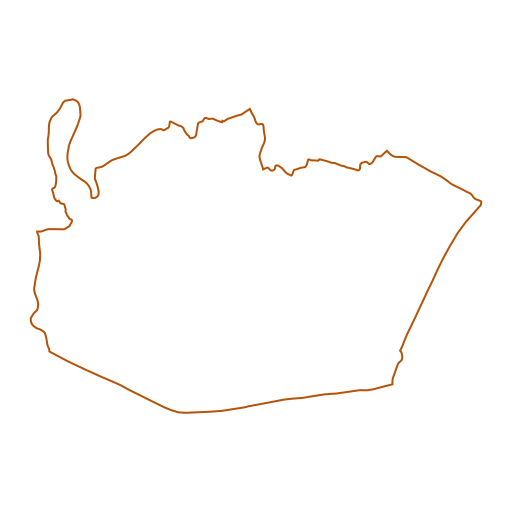 outline of Ban Phraek, Phra Nakhon Si Ayutthaya, Thailand
{"feature_id": "78962969B33149444798126", "entity_name": "Ban Phraek", "entity_type": "district", "adm_level": 2, "iso_a3": "THA", "parent_name": "Thailand", "parent_adm1": "Phra Nakhon Si Ayutthaya", "projection": "equal_earth", "projection_center": [100.539, 14.646], "detail": "fine", "context": "isolated", "style": "outline", "palette": "amber", "viewbox_px": 512, "rotation_deg": 0, "n_neighbors": 0, "source": "geoboundaries", "source_scale": "gbopen_adm2", "svg_char_len": 5890}
<svg xmlns="http://www.w3.org/2000/svg" viewBox="0 0 512 512"><path d="M480.7,205.2L481.3,202.5L481.2,201.6L481.1,201.4L480.8,201.2L479.1,200.4L475.7,199.2L474.9,198.7L473.5,197.4L471.8,194.8L470.4,193.5L466.3,191.6L463.4,190.0L452.0,184.4L449.6,182.7L446.1,179.9L444.8,179.1L441.0,176.5L438.3,175.1L430.3,171.3L423.6,167.4L418.4,164.5L407.1,157.6L406.4,157.3L405.5,157.1L396.1,156.9L394.5,156.6L392.6,155.8L391.4,155.1L389.2,153.2L387.0,150.8L384.1,153.3L382.7,154.7L381.0,156.2L380.1,156.5L377.4,156.1L376.4,156.3L375.7,157.1L374.9,158.4L372.4,162.4L371.9,162.9L370.8,163.7L369.8,164.0L369.1,164.0L366.9,162.1L366.1,161.8L365.0,161.8L363.7,162.3L361.7,162.9L361.0,163.5L360.5,164.2L360.2,165.1L360.1,165.6L360.1,168.1L359.9,169.0L359.7,169.5L359.1,170.0L358.2,170.4L356.8,170.2L354.5,169.2L348.7,167.8L347.6,167.6L346.8,167.4L346.1,167.2L345.0,166.5L344.2,166.2L341.9,165.8L337.3,164.1L335.0,163.1L333.8,162.9L331.9,162.9L326.4,161.0L319.5,159.3L319.2,159.4L318.8,160.2L318.2,160.7L314.6,160.4L311.8,160.4L310.9,160.3L309.2,159.4L308.6,159.4L308.3,159.5L308.1,159.7L307.0,164.1L306.1,165.9L305.7,166.5L305.5,166.8L305.1,167.1L304.6,167.2L300.8,167.8L297.8,168.9L294.3,169.9L294.0,170.1L293.5,170.8L292.9,173.0L292.3,174.3L291.7,175.2L291.2,175.6L287.2,173.6L285.2,171.8L282.4,168.6L281.1,167.5L279.1,166.2L277.2,165.4L276.7,165.3L276.2,165.4L275.7,165.8L275.4,166.2L275.2,166.7L275.0,168.4L274.7,169.1L274.1,169.9L272.9,170.5L271.6,170.6L270.8,170.4L270.0,169.8L268.6,168.2L268.1,167.8L267.6,167.7L267.2,167.7L266.3,168.0L263.1,169.4L262.9,168.2L259.9,159.2L259.7,158.0L259.4,156.3L259.5,155.5L259.8,154.2L261.1,150.0L261.8,148.2L264.0,143.1L264.5,141.5L264.8,140.7L265.0,138.7L265.0,138.1L264.9,137.1L264.1,132.6L263.7,129.6L263.6,127.0L263.3,125.6L263.0,124.5L262.5,124.1L261.6,123.9L258.6,124.4L258.2,124.4L257.8,124.3L257.4,124.0L256.5,123.1L256.0,122.2L255.4,121.0L254.4,117.8L254.0,116.9L251.2,111.9L249.8,108.9L241.8,114.3L240.1,114.9L235.9,116.0L227.8,118.9L226.8,119.4L224.0,121.3L223.5,121.3L222.4,120.8L221.9,122.3L217.6,120.8L213.5,119.0L212.4,118.6L209.0,119.0L208.5,118.9L206.2,118.0L205.6,117.9L204.9,118.0L204.5,118.3L204.2,118.7L202.8,121.0L202.4,121.4L201.8,121.6L200.6,121.9L199.0,122.6L198.5,123.0L198.1,123.5L197.9,124.2L197.2,128.5L196.6,131.6L196.1,134.9L195.9,135.5L195.5,136.3L195.0,136.8L193.8,137.6L192.8,137.9L190.5,138.2L190.3,138.1L189.7,137.6L188.7,135.9L187.6,135.0L186.6,134.0L184.3,130.5L183.5,128.3L183.3,128.0L182.2,126.9L181.0,126.2L178.1,125.3L171.1,121.7L170.3,121.5L170.1,121.5L169.8,122.0L169.4,125.2L169.3,125.9L169.0,126.7L168.8,127.1L168.3,127.7L167.6,128.1L166.4,128.8L164.6,130.0L164.2,130.1L163.6,130.2L163.1,130.1L161.7,129.3L160.7,129.1L159.1,129.2L157.0,129.6L153.9,131.0L150.5,133.1L149.4,134.0L144.7,138.2L138.6,144.5L130.7,152.1L128.8,153.6L126.2,155.3L124.8,156.0L116.9,158.4L113.2,159.7L111.6,160.4L110.5,161.1L109.2,161.9L104.5,165.3L102.2,166.6L100.8,167.1L97.1,167.8L96.5,168.0L96.0,168.3L95.6,168.8L95.5,169.4L95.4,171.3L94.9,177.0L94.9,178.6L95.0,179.0L95.6,180.7L96.7,183.6L97.9,187.6L98.5,191.1L98.7,192.7L98.6,194.1L98.1,195.4L97.6,196.2L97.2,196.6L96.2,197.3L95.3,197.8L94.7,198.0L93.8,198.0L92.4,197.9L91.5,197.7L91.1,192.0L90.6,189.4L90.1,188.4L89.2,186.5L88.2,185.1L86.7,183.3L85.2,181.9L80.2,178.6L76.9,176.1L74.8,174.5L73.0,172.7L71.5,170.8L70.9,169.9L70.3,168.7L69.8,167.6L68.8,165.0L68.0,162.4L67.8,161.6L67.5,159.7L67.4,158.3L67.5,153.8L69.1,145.2L69.6,143.6L70.2,141.9L76.2,128.4L77.5,125.4L80.2,117.2L80.4,116.4L80.5,115.3L80.3,112.0L80.0,108.1L79.6,105.8L78.9,103.8L78.6,103.2L78.0,102.3L77.4,101.6L76.6,101.0L75.3,100.3L72.5,99.2L71.4,99.7L70.7,99.9L65.3,100.7L64.6,101.1L63.4,102.3L62.9,102.9L62.5,103.6L60.2,108.1L57.1,112.4L52.2,116.7L51.1,118.4L49.7,121.6L49.4,122.8L49.0,125.1L48.8,128.9L48.8,132.3L48.4,136.2L47.8,139.8L47.8,142.7L47.9,146.9L48.1,151.8L48.3,153.8L48.6,154.9L48.7,155.3L49.8,157.1L50.5,158.2L51.2,159.4L52.5,164.6L53.7,167.3L55.0,171.7L55.2,173.0L55.5,174.3L56.1,175.7L56.3,176.5L56.2,181.3L55.8,184.2L55.2,186.7L54.8,187.4L54.4,187.7L52.5,188.6L52.2,189.2L52.2,189.4L52.3,190.6L53.1,192.7L54.1,197.2L54.4,198.0L54.8,198.8L55.4,199.7L56.3,200.7L56.7,201.0L57.0,201.2L57.5,201.2L57.9,201.0L58.6,200.6L58.8,200.6L59.9,202.5L60.6,203.2L60.9,203.4L63.8,204.1L64.2,204.3L64.7,205.7L65.0,207.2L65.7,209.3L65.7,209.9L65.5,211.3L65.5,211.5L65.8,212.3L66.6,213.9L66.9,214.9L67.4,215.8L68.2,216.7L69.0,217.8L69.2,218.6L69.7,218.9L70.9,219.4L71.6,219.8L71.9,220.1L72.0,220.5L71.8,221.6L71.5,222.6L70.0,224.8L69.8,225.8L69.7,226.0L64.6,229.1L64.1,229.3L57.1,229.2L48.9,229.1L47.6,229.3L46.8,229.5L41.9,231.3L40.8,231.5L37.2,231.5L37.3,232.8L38.6,236.0L38.8,237.2L39.0,243.5L39.1,244.7L39.9,251.0L40.2,253.5L40.1,256.1L40.0,259.4L39.9,260.6L38.8,266.2L36.0,277.0L35.1,282.0L34.2,288.4L34.2,290.1L34.7,292.6L35.0,293.7L35.9,295.9L37.4,300.1L37.9,301.9L38.1,303.5L38.2,304.6L38.1,305.5L37.8,307.9L37.3,309.4L36.3,310.9L34.2,312.9L33.1,314.4L31.3,317.2L30.9,318.0L30.7,319.0L30.8,320.7L31.0,321.7L31.3,322.7L31.7,323.7L32.5,324.9L33.7,326.1L35.9,327.8L37.6,328.6L39.1,329.0L40.4,329.6L43.7,331.7L44.1,332.0L44.6,332.6L45.2,334.1L45.9,336.4L46.3,338.3L46.8,340.7L47.4,344.8L47.9,346.3L48.8,348.3L49.2,349.3L49.4,351.5L67.8,361.3L86.4,370.1L100.4,376.4L115.1,382.7L121.2,385.5L128.2,389.4L148.4,399.5L163.8,407.1L170.8,410.0L178.7,412.4L186.2,412.8L210.3,411.7L221.6,410.9L244.8,407.3L248.5,406.3L284.1,399.6L292.9,398.6L301.6,398.0L323.4,394.5L331.8,393.8L335.8,393.6L359.8,390.2L367.2,390.3L373.2,389.3L383.5,386.6L392.5,384.3L392.4,381.4L392.6,379.7L392.9,378.1L397.7,364.6L398.3,363.4L399.2,362.3L400.8,361.0L401.4,360.4L401.8,359.6L402.1,358.7L402.2,357.8L402.3,356.7L402.2,355.8L401.8,353.8L401.4,352.3L400.1,350.7L402.1,346.6L406.7,335.1L414.4,319.2L428.0,290.0L432.6,280.6L437.4,270.0L443.6,257.5L449.5,246.8L457.8,232.8L466.0,221.8L480.7,205.2Z" fill="none" stroke="#b45309" stroke-width="2"/></svg>